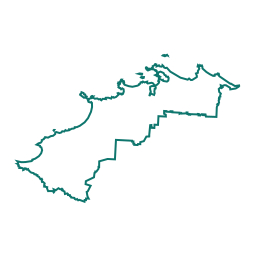 outline of Albany, Western Australia, Australia, rotated 183°
{"feature_id": "25037944B82098291834434", "entity_name": "Albany", "entity_type": "district", "adm_level": 2, "iso_a3": "AUS", "parent_name": "Australia", "parent_adm1": "Western Australia", "projection": "albers", "projection_center": [118.161, -34.738], "detail": "fine", "context": "isolated", "style": "outline", "palette": "teal", "viewbox_px": 256, "rotation_deg": 183, "n_neighbors": 0, "source": "geoboundaries", "source_scale": "gbopen_adm2", "svg_char_len": 5906}
<svg xmlns="http://www.w3.org/2000/svg" viewBox="0 0 256 256"><g transform="rotate(183 128 128)"><path d="M40.3,143.7L40.4,153.2L40.2,154.5L39.2,155.7L39.7,156.1L39.2,156.3L39.6,156.9L38.7,157.4L38.4,158.3L38.9,160.1L38.3,161.2L38.8,161.7L38.7,162.8L38.2,162.8L38.3,163.7L37.4,164.2L37.7,165.4L37.1,167.2L38.8,168.8L39.4,171.7L37.9,173.2L36.7,172.7L35.5,173.8L35.9,174.5L37.4,174.5L37.6,175.5L36.0,174.9L34.1,175.8L32.4,175.8L28.3,173.6L28.1,173.1L27.9,171.9L22.5,173.1L19.7,175.0L19.2,175.6L19.3,176.3L23.4,175.5L27.6,177.7L28.1,177.5L39.4,184.4L40.3,185.4L39.9,185.9L40.2,187.0L41.3,187.2L42.0,186.3L43.9,186.0L44.2,184.6L44.9,184.6L44.8,185.1L45.7,184.5L48.9,185.9L52.6,188.0L56.7,191.3L57.0,193.4L57.5,194.3L58.1,193.8L59.3,194.5L59.5,193.5L60.0,193.4L61.4,194.5L61.7,193.0L60.7,192.8L59.9,190.9L61.2,188.6L61.1,186.8L63.0,186.0L61.9,183.5L62.0,182.4L66.3,179.4L67.7,179.2L69.6,180.6L70.9,179.4L78.2,181.0L88.7,186.5L92.4,190.2L93.8,189.8L95.1,190.3L95.7,191.5L96.9,192.5L97.1,191.3L97.7,191.0L99.9,191.3L100.4,192.2L102.7,191.0L102.7,191.8L103.6,192.2L103.2,193.0L104.0,193.3L104.4,193.1L104.5,192.3L106.6,191.0L106.3,189.3L106.5,188.8L107.4,189.0L107.5,188.3L111.6,188.4L112.2,189.3L113.7,189.9L112.9,189.0L113.2,188.6L112.5,187.4L111.1,186.5L107.9,188.0L105.0,187.8L103.9,186.8L103.7,187.3L103.1,187.2L102.4,186.6L101.8,184.5L101.9,182.7L102.4,181.8L101.5,181.1L100.5,181.3L99.7,180.4L99.8,178.7L99.0,178.8L99.4,180.1L98.5,180.8L100.9,182.3L100.9,184.0L100.2,185.3L98.5,186.0L95.4,184.8L94.2,182.8L93.1,182.6L92.7,181.4L90.8,181.3L90.9,180.7L90.1,180.3L90.0,179.5L90.3,177.4L91.5,176.4L95.1,176.8L95.6,177.7L95.9,177.3L98.2,178.4L99.7,177.8L100.3,176.5L99.3,175.9L99.6,174.6L101.3,172.7L103.7,171.5L102.5,170.4L102.4,169.5L102.6,168.7L103.4,168.5L103.6,165.8L103.2,164.2L103.7,162.4L107.6,163.8L108.0,162.2L107.2,161.5L108.2,161.8L107.8,163.9L107.1,165.2L108.0,168.1L108.0,170.3L106.6,171.1L104.1,171.2L103.7,172.1L105.5,174.0L106.8,174.4L110.6,173.5L111.4,174.1L111.3,175.3L113.9,174.4L115.5,175.2L116.2,174.2L116.8,174.6L117.9,174.2L118.1,172.9L119.3,172.3L119.2,171.8L120.6,170.8L125.7,169.4L129.4,169.8L133.7,171.0L134.8,172.4L134.3,172.7L135.0,174.1L137.1,174.1L136.9,175.7L136.6,175.5L136.5,175.9L137.5,175.7L138.3,173.8L139.0,173.3L138.2,172.4L138.4,171.4L139.9,170.0L139.4,168.9L139.7,168.2L138.6,167.4L137.8,167.5L136.9,166.3L135.8,167.3L134.4,166.4L134.1,164.1L134.8,161.8L135.4,161.4L135.9,161.9L136.5,161.2L137.9,162.1L139.4,161.9L139.7,162.4L140.1,162.2L139.1,160.9L141.5,158.4L143.6,157.5L144.3,158.1L145.2,157.7L145.8,158.1L146.4,156.5L149.2,157.2L151.9,157.0L152.2,156.4L151.8,155.7L154.8,155.8L156.6,153.6L156.2,154.7L157.3,155.5L158.6,155.0L160.2,155.9L162.7,155.5L164.4,156.4L164.6,157.1L164.3,157.6L164.8,157.5L165.3,158.1L166.1,157.9L166.6,157.2L166.0,155.9L169.5,154.9L168.7,154.0L169.4,153.3L168.8,152.0L166.8,151.5L166.1,152.0L165.3,151.2L165.0,147.0L165.8,142.3L168.4,135.8L171.6,131.4L176.2,127.7L179.1,126.2L181.2,126.0L181.2,125.2L182.3,124.6L184.2,124.3L185.6,123.4L186.7,123.6L186.7,122.7L188.1,122.3L189.6,122.1L190.4,122.6L191.4,121.2L193.5,121.3L194.3,120.1L196.1,119.4L199.5,120.2L200.4,119.7L200.4,118.1L202.4,116.3L204.7,115.8L207.3,114.2L210.2,114.5L210.2,113.9L211.4,113.1L211.5,112.4L213.5,111.4L213.4,110.1L214.3,108.8L216.6,108.0L218.4,106.6L214.9,105.6L214.7,104.6L213.5,104.1L212.6,101.3L213.4,98.2L215.5,95.2L219.1,92.5L221.9,91.4L221.7,90.7L222.6,89.9L228.8,88.6L232.7,88.3L236.8,89.0L235.7,87.9L236.1,86.7L236.7,86.5L236.0,86.2L235.7,84.9L235.1,84.9L235.4,83.0L235.1,83.5L233.6,83.0L234.0,82.4L231.2,82.4L230.5,81.9L230.5,80.5L229.8,80.8L229.7,81.7L228.9,82.4L227.9,82.2L228.1,81.8L227.1,81.2L226.0,81.6L226.1,81.2L224.5,80.4L224.2,79.7L222.3,78.4L219.9,78.0L219.1,76.9L217.6,77.0L217.0,76.0L216.0,76.2L215.8,75.1L214.4,74.6L212.8,72.4L211.5,72.8L211.0,72.0L211.4,70.8L211.0,69.6L210.1,69.8L208.3,68.3L208.8,66.6L208.2,66.1L208.6,65.1L205.6,64.7L205.7,63.5L204.5,60.8L199.8,61.1L198.8,59.8L198.2,60.6L199.0,62.9L196.8,62.1L194.3,64.2L192.9,63.4L191.5,63.3L190.8,63.9L190.2,63.4L191.0,62.7L190.7,62.3L188.1,61.3L187.5,58.8L185.2,59.5L184.6,59.1L184.4,57.9L182.5,57.9L182.3,56.8L181.3,56.4L181.1,55.6L177.9,55.4L177.5,54.4L176.2,53.8L175.1,54.4L174.0,53.2L172.7,53.7L167.6,52.1L167.5,53.8L166.2,53.8L166.2,55.4L163.6,55.4L164.9,57.6L165.9,62.0L164.9,62.6L162.3,68.4L167.4,69.7L167.3,72.7L159.4,77.0L159.1,81.4L158.4,81.8L158.4,82.8L157.3,82.8L155.3,85.8L155.4,87.6L154.8,87.6L155.0,93.2L146.8,96.0L139.4,96.0L139.4,115.5L123.3,115.5L123.3,114.7L121.9,114.8L121.9,112.7L120.9,112.7L120.9,111.5L117.5,111.5L117.2,112.5L114.9,112.5L115.0,114.5L111.5,115.7L109.2,120.4L105.5,120.7L106.5,120.9L106.0,132.0L104.8,132.2L104.7,129.9L104.2,129.9L104.2,129.4L101.7,129.4L101.7,132.7L98.2,132.7L98.2,141.4L90.8,141.4L91.0,143.3L92.7,144.1L92.8,146.9L90.6,146.9L90.6,146.3L86.4,146.3L86.4,147.0L84.5,147.0L84.5,146.0L77.2,146.0L77.2,144.9L75.5,145.7L75.3,145.2L70.3,145.7L70.3,146.6L69.4,146.6L69.4,145.1L68.0,145.2L68.0,144.5L66.6,144.5L66.6,145.1L59.0,145.2L59.0,145.7L58.2,145.7L58.2,144.3L56.7,144.3L56.7,145.1L54.8,145.1L54.8,145.6L53.7,145.6L53.7,144.8L51.7,144.8L51.7,145.6L51.3,145.6L50.8,143.5L40.3,143.7ZM174.2,160.6L176.3,161.3L176.5,160.0L177.4,159.4L177.6,158.7L173.5,155.9L172.2,156.3L171.4,155.8L171.6,156.3L170.9,156.5L170.8,157.2L172.2,157.8L172.5,159.2L173.7,159.3L174.2,160.6ZM96.3,202.9L96.6,203.4L96.4,202.9L97.1,202.2L94.9,201.6L93.4,202.4L96.3,202.9ZM116.8,182.9L119.2,183.1L120.4,182.7L116.2,181.8L116.9,182.4L116.8,182.9ZM114.8,179.7L117.4,179.6L117.7,179.2L116.1,178.5L114.9,178.9L114.8,179.7ZM140.2,172.4L140.4,171.8L139.5,171.1L139.4,171.4L140.2,172.4ZM201.5,122.2L201.9,122.2L202.2,121.8L201.9,121.5L201.5,122.2ZM92.6,202.7L93.3,203.9L93.0,202.9L92.6,202.7ZM134.4,173.9L134.6,174.6L135.1,174.7L134.8,173.9L134.4,173.9ZM102.7,182.3L103.0,182.5L103.6,182.2L103.4,182.1L102.7,182.3Z" fill="none" stroke="#0f766e" stroke-width="2"/></g></svg>